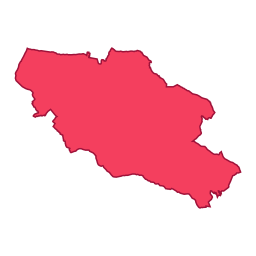 Zimbor, Salaj, Romania (orthographic projection)
{"feature_id": "2599482B6339690453814", "entity_name": "Zimbor", "entity_type": "district", "adm_level": 2, "iso_a3": "ROU", "parent_name": "Romania", "parent_adm1": "Salaj", "projection": "orthographic", "projection_center": [23.305, 46.975], "detail": "fine", "context": "isolated", "style": "filled", "palette": "rose", "viewbox_px": 256, "rotation_deg": 0, "n_neighbors": 0, "source": "geoboundaries", "source_scale": "gbopen_adm2", "svg_char_len": 5761}
<svg xmlns="http://www.w3.org/2000/svg" viewBox="0 0 256 256"><path d="M240.6,172.1L240.3,171.1L239.6,169.6L239.5,168.9L239.0,167.6L238.7,167.0L237.6,166.1L237.2,165.3L234.8,164.0L232.7,162.5L230.6,162.0L226.4,159.6L225.3,159.1L224.6,158.6L223.4,157.2L222.6,155.6L222.3,154.3L221.7,153.2L221.3,151.7L219.7,153.0L219.2,154.5L218.4,154.7L216.9,154.1L216.3,154.3L214.5,154.3L213.5,154.0L210.9,152.2L209.7,151.1L208.2,150.2L206.9,149.0L206.6,148.6L206.4,148.1L204.8,146.5L201.3,146.3L200.3,145.7L198.0,143.8L196.0,142.8L194.1,141.3L192.7,141.3L195.4,139.0L196.1,138.7L198.6,135.8L200.0,135.0L201.2,133.6L201.3,132.9L200.6,130.7L200.5,130.3L200.7,129.8L200.3,129.3L199.8,126.8L199.9,126.2L202.1,121.6L201.9,120.8L202.1,119.1L202.1,118.3L201.4,116.9L201.5,116.2L201.9,115.9L202.4,116.4L203.1,116.4L203.3,116.9L204.8,118.2L205.4,118.4L205.6,119.1L206.0,119.0L207.7,119.5L208.2,118.2L209.4,117.7L209.9,117.6L210.4,118.2L211.1,118.2L211.5,117.2L212.1,116.5L212.4,115.5L213.9,113.8L214.8,112.5L213.5,110.8L212.9,109.5L212.7,108.3L212.3,107.5L212.3,107.2L211.7,106.2L211.4,105.3L210.8,104.6L210.7,103.1L210.2,102.8L209.8,101.5L209.6,101.4L209.5,101.7L208.1,100.3L206.9,99.3L202.7,98.1L201.5,97.6L199.1,96.0L197.0,94.9L192.5,93.8L188.8,90.9L187.2,90.6L186.2,89.8L184.8,89.1L184.2,88.5L183.0,88.1L182.0,87.3L180.6,86.8L179.4,85.8L179.0,85.8L177.3,84.7L173.3,86.8L166.4,86.8L166.6,84.0L166.1,83.7L165.3,82.7L163.3,79.4L160.7,77.9L160.2,77.8L160.0,77.2L159.4,77.0L159.0,75.8L158.4,76.0L158.0,75.5L157.4,75.1L157.0,74.4L156.6,74.1L154.5,73.6L153.6,73.2L151.7,71.1L151.6,70.5L151.0,69.7L150.8,68.8L150.5,68.3L150.5,67.9L149.7,67.7L149.9,67.3L149.8,66.7L149.6,66.1L149.4,66.0L149.2,65.5L149.6,64.2L149.4,64.0L149.4,63.0L149.5,62.8L150.2,62.4L151.1,62.5L151.3,62.1L150.8,61.0L148.9,60.1L147.0,57.2L143.5,55.4L142.4,53.5L141.7,52.7L141.8,52.4L140.6,51.8L140.3,51.3L137.5,50.5L137.1,50.5L136.6,51.0L134.7,51.2L134.3,51.5L132.4,51.2L130.9,51.1L127.6,51.7L126.7,51.4L122.9,51.8L120.7,51.2L119.2,51.5L116.2,51.3L115.1,50.8L114.9,50.4L114.4,49.8L114.1,49.8L113.1,48.8L112.3,48.7L111.9,48.1L111.4,48.6L110.3,50.4L110.1,51.2L109.1,52.1L108.8,53.4L108.8,53.8L109.0,54.2L108.9,54.6L107.7,56.3L107.2,57.8L106.4,58.5L106.4,59.0L106.0,59.2L106.1,60.4L105.9,60.8L105.6,61.0L104.2,61.0L104.1,60.9L104.1,60.4L103.2,59.8L102.6,59.7L102.0,59.9L101.8,59.8L101.4,60.3L101.3,61.0L101.2,63.3L100.8,63.9L99.8,64.0L99.0,63.8L98.3,63.1L97.1,59.0L88.8,57.5L88.9,56.1L89.5,56.2L89.9,53.4L88.7,53.1L88.8,52.3L87.7,52.2L87.6,52.7L87.2,52.6L86.7,55.4L86.0,54.8L83.3,53.7L81.1,54.1L79.3,54.0L75.6,54.6L74.0,54.5L71.0,54.8L69.7,54.7L68.5,54.8L67.0,54.3L66.2,54.5L64.5,54.6L63.5,54.3L60.7,54.7L59.3,54.1L57.8,54.2L56.8,53.8L56.0,53.0L54.5,52.6L53.4,52.0L51.5,51.9L50.6,52.1L41.0,50.7L40.1,50.9L39.0,50.9L37.4,50.3L35.3,50.0L34.1,49.6L31.6,49.6L30.0,49.1L28.8,49.0L27.3,48.3L26.2,51.4L25.5,52.4L23.6,56.4L21.9,59.5L21.4,60.6L21.3,61.2L20.6,61.5L19.0,64.4L18.4,67.5L17.2,70.2L16.4,71.3L15.5,73.2L15.5,73.9L15.9,75.5L15.4,78.2L16.1,80.6L22.4,86.7L25.8,88.6L27.7,89.3L30.0,89.8L31.1,90.5L32.9,92.4L32.9,93.6L32.4,94.2L32.6,95.5L32.9,96.2L34.9,99.1L33.7,100.6L32.4,101.6L32.3,101.8L32.3,102.0L32.9,102.9L32.1,103.6L32.8,105.0L33.3,105.4L33.8,106.9L35.0,107.3L35.2,107.6L36.0,109.7L37.0,110.9L37.5,110.9L37.9,111.3L38.4,112.4L38.2,112.9L37.7,112.9L34.5,114.3L34.2,114.8L33.7,115.2L33.4,115.6L33.4,116.2L35.3,117.1L36.7,116.2L37.8,116.4L38.5,115.9L39.7,115.9L40.9,115.4L41.5,115.5L41.5,115.8L42.1,115.9L43.2,115.4L43.9,115.4L44.4,115.1L44.9,115.7L45.5,115.1L46.3,113.4L48.0,111.3L50.6,109.4L54.7,114.5L56.3,116.2L56.9,116.5L55.6,117.4L55.1,118.5L54.5,119.3L53.0,120.9L52.8,121.6L55.0,123.5L53.2,126.6L53.6,126.8L55.2,128.6L56.7,129.8L57.2,130.4L57.4,131.0L58.6,131.3L58.8,132.0L60.2,133.2L60.1,133.9L60.4,134.2L61.6,134.5L61.8,134.9L62.6,135.0L62.8,135.5L62.9,136.8L63.3,138.2L63.2,138.9L63.7,139.7L63.5,140.6L64.2,141.2L65.1,141.3L65.3,142.8L65.3,143.7L65.5,144.0L65.8,145.5L66.4,146.7L66.8,147.2L69.8,148.4L69.3,149.4L69.3,149.9L69.9,150.6L70.2,151.8L71.0,152.6L74.5,151.3L75.8,151.1L77.0,149.8L78.8,148.8L79.5,148.7L81.2,148.7L83.2,149.5L85.5,150.1L88.4,150.1L89.2,150.3L89.6,151.2L93.2,152.9L95.0,154.7L95.4,155.5L95.9,155.8L96.0,158.2L96.9,160.6L97.2,161.9L97.8,163.8L98.5,164.9L100.3,165.9L101.3,166.2L102.9,165.7L103.4,166.4L103.7,167.3L106.0,169.6L107.1,171.1L109.4,172.4L111.4,175.0L113.0,176.6L114.0,176.9L116.3,177.1L121.3,176.1L121.8,175.8L123.3,175.5L124.7,175.6L125.7,175.3L127.8,175.3L132.6,174.0L135.2,174.1L136.5,174.7L137.8,174.4L139.6,175.3L141.1,175.1L142.9,175.7L143.2,176.6L145.5,179.2L146.5,179.4L148.3,180.8L149.6,180.9L150.7,182.0L153.6,182.3L154.5,182.9L154.8,183.5L155.1,183.7L156.0,184.0L158.3,183.7L159.9,185.6L162.2,185.8L163.5,186.2L164.2,186.7L165.9,188.8L166.9,188.8L168.0,189.1L169.2,189.0L170.1,189.4L171.0,189.1L171.6,188.5L173.1,189.1L175.7,190.7L176.6,191.3L177.4,192.2L179.0,192.1L179.9,192.9L180.8,193.3L184.1,194.2L188.0,193.8L189.3,194.2L191.2,196.6L191.8,197.7L192.3,198.2L194.3,199.2L195.5,200.3L195.9,202.2L196.9,204.7L198.6,207.1L199.5,207.8L200.3,207.9L201.3,207.4L202.4,207.6L203.0,207.4L206.0,207.2L206.0,206.1L210.1,206.7L208.4,202.1L209.7,200.8L211.4,199.4L212.4,197.1L212.1,196.2L210.5,194.2L210.2,193.2L210.5,191.0L210.8,190.8L211.7,191.0L212.2,192.0L213.0,192.4L213.4,193.0L213.8,192.4L214.2,192.2L214.7,192.7L214.1,193.1L215.3,193.7L215.2,192.8L215.8,192.5L216.3,193.3L217.4,197.1L218.4,195.3L219.5,195.2L220.3,195.6L220.8,194.8L218.6,192.0L218.4,190.9L218.7,190.9L219.6,191.5L220.6,192.9L221.2,193.2L221.0,192.0L221.9,190.9L223.7,191.0L228.1,187.7L228.8,186.9L228.7,186.7L228.7,185.1L230.0,182.4L230.0,182.1L230.3,181.8L232.7,175.7L234.5,175.1L235.3,174.3L235.9,174.2L236.6,173.0L238.5,172.9L240.6,172.1Z" fill="#f43f5e" stroke="#9f1239" stroke-width="1.5"/></svg>